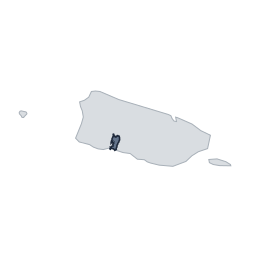 Peñuelas, Puerto Rico (highlighted), rotated 15°
{"feature_id": "32010507B14079989067624", "entity_name": "Peñuelas", "entity_type": "district", "adm_level": 2, "iso_a3": "PRI", "parent_name": "Puerto Rico", "parent_adm1": "", "projection": "natural_earth1", "projection_center": [-66.73, 18.055], "detail": "fine", "context": "in_parent", "style": "filled", "palette": "slate", "viewbox_px": 256, "rotation_deg": 15, "n_neighbors": 0, "source": "geoboundaries", "source_scale": "gbopen_adm2", "svg_char_len": 3237}
<svg xmlns="http://www.w3.org/2000/svg" viewBox="0 0 256 256"><g transform="rotate(15 128 128)"><path d="M168.2,107.5L170.7,109.4L173.2,109.2L171.2,105.2L173.0,105.2L188.8,107.6L199.0,111.7L209.5,113.7L210.2,127.3L202.1,132.7L196.9,138.3L192.6,145.3L181.3,153.4L167.7,155.8L158.7,156.0L155.3,155.7L152.0,154.4L145.1,155.7L136.7,152.1L129.5,153.0L115.1,152.2L109.7,155.2L104.5,155.9L99.5,155.4L95.2,154.0L84.5,154.1L80.0,151.4L81.9,136.0L82.0,129.0L79.4,123.3L76.6,119.6L74.5,115.3L78.7,112.5L82.1,108.4L83.2,102.2L87.0,100.7L91.4,100.0L111.7,102.9L163.3,104.5L166.2,105.0L168.2,107.5ZM226.3,140.6L219.8,141.2L215.6,140.4L214.2,137.5L222.0,134.8L231.2,135.2L236.5,136.8L237.1,137.9L226.3,140.6ZM24.2,145.0L23.4,145.1L22.7,145.0L22.3,144.8L21.8,143.9L19.4,142.4L18.9,141.1L19.4,139.7L20.4,139.1L25.2,138.9L25.7,139.1L26.6,140.1L26.6,140.7L26.2,141.4L25.3,143.1L25.0,143.5L24.7,144.0L24.6,144.8L24.2,145.0Z" fill="#d9dde1" stroke="#a8b0b8" stroke-width="1"/><path d="M121.6,138.2L121.3,138.1L121.2,138.1L120.8,138.3L120.7,138.2L120.3,138.3L120.2,138.4L120.0,138.2L119.9,138.0L119.6,138.1L119.6,138.4L119.4,138.6L119.2,138.8L119.0,139.0L118.9,139.3L119.0,139.5L118.9,139.7L118.8,139.9L118.4,140.0L118.1,139.6L117.9,139.6L117.8,139.4L117.5,139.5L117.4,139.6L117.2,139.6L117.0,139.8L116.7,139.5L116.5,139.2L116.3,138.8L116.4,138.7L116.2,138.5L116.2,138.3L116.0,138.2L115.9,138.0L115.6,137.8L115.6,137.7L115.4,137.7L115.4,138.1L115.5,138.3L115.4,138.4L115.7,138.9L115.8,139.2L115.8,139.5L116.0,139.8L116.0,140.0L115.9,140.1L115.7,140.4L115.6,140.5L115.7,141.0L115.6,141.3L115.5,141.5L115.5,141.8L115.3,142.3L115.4,142.6L115.5,142.7L115.6,142.9L115.6,143.0L115.6,143.3L115.6,143.6L115.4,144.0L115.4,144.3L115.5,144.4L115.5,144.6L115.4,144.9L115.3,145.1L115.4,145.3L115.6,145.8L115.6,146.0L115.4,146.1L115.4,146.4L115.5,146.5L115.6,147.0L115.7,146.8L115.8,146.6L115.9,146.3L116.0,146.2L116.2,145.8L116.3,145.7L116.5,145.4L116.5,145.7L116.6,145.8L116.6,146.0L116.8,146.2L117.0,146.4L117.2,146.5L117.5,146.4L117.7,146.5L117.9,146.2L117.9,146.5L118.1,146.6L117.9,146.9L117.8,147.0L117.9,147.3L117.7,147.6L117.6,147.9L117.8,148.0L118.0,148.5L118.2,148.9L118.3,149.2L118.2,149.5L117.8,149.5L117.6,149.5L117.0,149.8L116.8,150.2L116.8,150.3L116.8,150.7L116.7,150.8L116.6,151.0L116.0,151.0L116.2,151.3L116.4,151.7L116.4,152.2L116.0,152.4L115.9,152.4L115.9,152.8L116.2,153.1L116.4,153.2L116.5,153.2L116.6,152.6L116.8,152.2L117.2,151.9L117.5,151.8L117.9,151.8L118.1,151.9L118.4,151.7L118.8,151.7L119.2,151.8L119.4,151.8L119.7,152.0L120.0,152.1L120.4,152.5L121.0,153.0L121.2,152.7L121.6,152.5L121.7,152.3L121.7,152.2L122.0,152.0L122.2,151.7L121.9,151.5L121.9,151.4L122.0,151.4L122.0,151.2L121.9,150.8L121.9,150.6L122.0,150.2L122.1,149.9L122.0,149.6L122.2,149.3L122.2,149.2L122.1,148.8L122.0,148.2L121.9,148.0L122.0,147.9L121.9,147.7L121.9,147.4L121.9,146.9L122.0,146.7L122.2,146.4L122.3,146.3L122.1,145.7L122.3,145.1L122.4,144.7L122.5,144.4L122.6,144.1L122.8,143.9L122.7,143.6L122.7,143.4L122.8,143.0L122.7,142.9L122.7,142.7L122.8,142.6L122.9,142.2L123.0,142.0L122.8,141.6L122.8,141.3L122.9,141.1L122.8,140.7L122.6,140.4L122.3,140.0L122.3,139.7L122.3,139.3L122.0,138.9L121.7,138.6L121.6,138.2Z" fill="#64748b" stroke="#1e293b" stroke-width="1.5"/></g></svg>